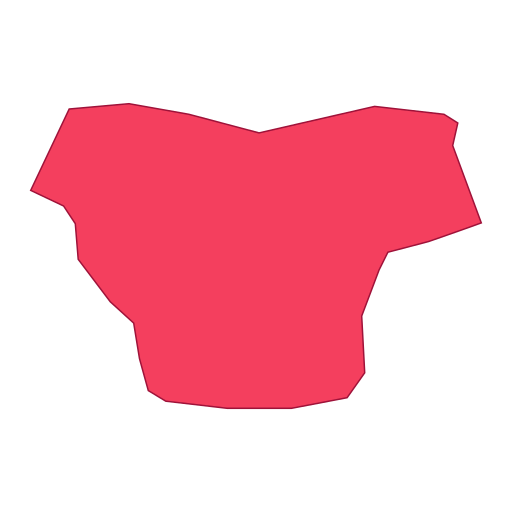 Sunderland, Natural Earth projection
{"feature_id": "GBR-5664", "entity_name": "Sunderland", "entity_type": "Metropolitan Borough", "adm_level": 1, "iso_a3": "GBR", "parent_name": "United Kingdom", "parent_adm1": "", "projection": "natural_earth1", "projection_center": [-1.453, 54.859], "detail": "fine", "context": "isolated", "style": "filled", "palette": "rose", "viewbox_px": 512, "rotation_deg": 0, "n_neighbors": 0, "source": "natural_earth", "source_scale": "10m", "svg_char_len": 463}
<svg xmlns="http://www.w3.org/2000/svg" viewBox="0 0 512 512"><path d="M444.0,114.3L457.8,123.0L452.7,145.6L481.3,222.9L460.1,230.5L428.7,241.5L387.9,252.2L379.1,269.9L361.7,316.0L364.7,372.8L347.1,397.7L291.5,408.3L227.2,408.3L165.8,401.2L148.3,390.6L139.5,358.7L133.7,323.1L110.3,301.8L78.2,259.3L75.3,223.7L63.6,206.0L30.7,190.4L69.2,109.0L129.0,103.7L188.9,114.3L259.0,132.9L374.6,106.4L444.0,114.3Z" fill="#f43f5e" stroke="#9f1239" stroke-width="1.5"/></svg>